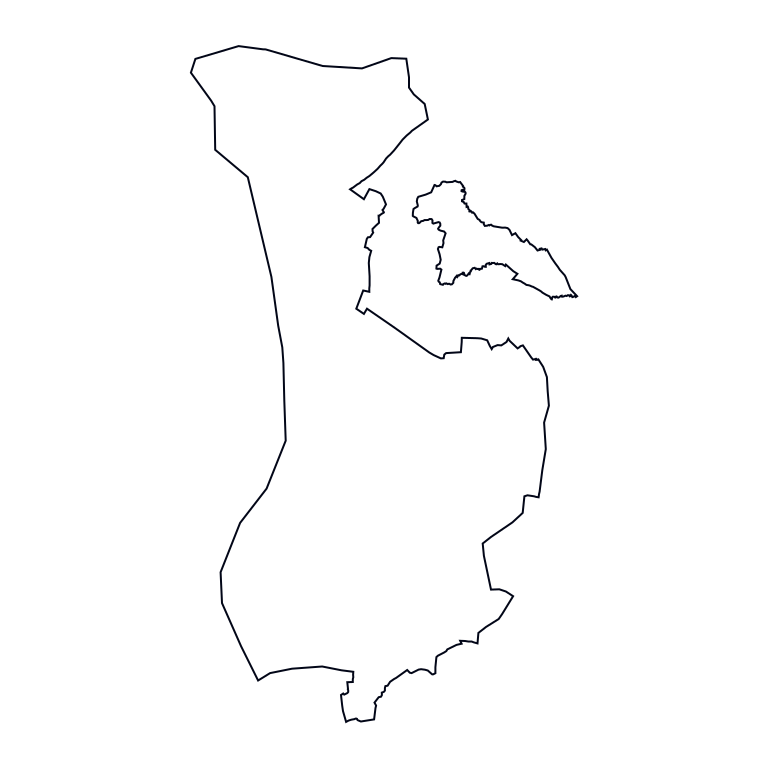 Ishielu, Ebonyi, Nigeria
{"feature_id": "59680162B77807256215392", "entity_name": "Ishielu", "entity_type": "district", "adm_level": 2, "iso_a3": "NGA", "parent_name": "Nigeria", "parent_adm1": "Ebonyi", "projection": "mercator", "projection_center": [7.857, 6.423], "detail": "fine", "context": "isolated", "style": "outline", "palette": "ink", "viewbox_px": 768, "rotation_deg": 0, "n_neighbors": 0, "source": "geoboundaries", "source_scale": "gbopen_adm2", "svg_char_len": 6116}
<svg xmlns="http://www.w3.org/2000/svg" viewBox="0 0 768 768"><path d="M258.1,680.5L270.1,673.1L292.0,668.7L322.2,666.5L341.5,670.3L353.3,671.8L353.1,674.8L353.3,677.3L352.9,678.7L352.8,679.5L352.8,682.0L347.3,682.2L348.0,688.9L347.8,689.2L348.2,690.3L348.2,692.0L347.3,693.1L344.2,694.6L343.2,693.5L341.0,695.0L342.2,705.7L343.0,711.1L346.1,721.9L348.5,720.6L349.7,720.2L351.3,719.7L354.5,719.1L355.5,718.6L356.4,718.6L357.0,718.9L357.2,719.6L357.8,720.2L360.9,721.5L374.1,719.4L375.5,708.0L376.1,705.6L374.5,702.6L378.7,697.2L381.0,696.7L381.9,695.1L381.8,692.6L383.8,691.9L384.9,690.6L384.9,688.0L385.4,686.1L387.6,685.7L390.1,681.8L394.1,679.0L396.0,678.0L407.2,670.0L409.8,672.7L411.6,673.1L418.6,669.6L421.1,669.2L424.9,669.7L427.8,670.5L432.1,674.3L433.0,674.4L434.5,673.7L435.4,673.2L435.4,667.2L436.4,657.1L437.9,655.7L444.1,652.5L446.3,651.1L447.3,649.4L456.5,644.9L461.6,643.7L460.2,640.8L465.1,641.0L468.2,641.5L471.6,641.5L473.6,642.3L477.5,643.4L478.4,632.9L486.1,626.9L498.7,619.0L502.1,614.1L513.1,596.2L505.9,591.5L499.3,589.3L491.0,589.6L483.9,555.8L482.7,543.5L491.1,536.9L512.4,522.4L522.7,512.9L524.4,496.3L527.5,495.3L534.1,496.3L536.1,496.9L538.6,497.3L539.0,494.2L539.6,491.7L542.3,470.2L545.8,449.1L544.1,422.6L548.9,405.7L547.7,391.4L546.9,377.1L543.2,366.9L538.4,359.4L537.5,359.8L536.4,359.0L536.1,359.9L535.7,359.9L535.2,359.1L533.0,359.6L531.2,357.4L522.9,345.4L520.4,346.2L519.7,347.0L517.6,348.4L509.6,340.8L508.3,338.5L506.5,342.0L501.3,345.4L497.6,345.1L492.9,347.0L491.7,349.1L489.8,345.9L487.2,340.3L481.2,338.5L477.1,338.2L461.8,337.8L461.7,342.2L460.9,352.2L446.1,353.1L444.3,354.6L443.7,358.2L440.9,358.4L433.7,355.1L429.3,352.5L394.7,327.8L367.0,308.7L363.9,313.9L356.3,308.7L363.2,290.5L369.3,291.8L369.3,288.3L369.6,285.4L369.6,276.2L368.8,263.0L369.4,257.1L371.2,250.8L369.3,249.8L367.6,248.0L364.9,247.2L366.8,238.9L367.9,237.3L370.1,237.1L373.2,232.6L372.6,231.3L372.5,229.0L375.8,225.7L379.0,222.8L378.6,215.7L379.5,215.7L379.8,215.2L381.9,213.7L383.7,212.7L383.9,212.3L382.5,210.0L383.6,208.8L386.0,204.4L382.8,196.7L380.7,193.5L375.8,191.2L369.4,189.1L363.9,199.2L350.1,189.3L351.8,188.2L352.9,187.7L357.3,184.4L359.7,183.1L361.5,181.2L364.3,179.7L366.6,177.8L369.4,176.0L373.8,172.3L377.6,168.8L380.3,165.7L382.2,163.9L383.6,162.3L386.1,158.5L388.3,156.2L390.0,154.8L394.0,150.5L400.2,142.7L402.6,139.6L404.7,137.5L406.7,135.5L410.3,132.5L411.9,130.8L427.9,119.5L424.7,104.0L413.8,94.4L409.0,87.6L409.0,77.3L406.3,58.7L391.3,58.1L362.0,68.4L322.6,66.0L265.6,49.4L262.9,49.3L238.6,46.1L195.4,58.9L190.9,72.7L211.1,100.6L214.5,106.2L215.2,149.8L247.8,177.2L271.4,276.9L278.2,325.7L282.3,347.4L283.4,363.0L284.3,400.6L285.7,440.7L266.6,488.6L240.1,522.9L220.6,572.2L222.0,603.1L241.1,646.3L258.1,680.5ZM456.3,181.5L455.4,180.8L453.7,181.3L452.6,181.9L446.6,182.3L445.3,181.7L443.0,181.6L441.5,182.6L440.9,184.2L439.3,185.8L436.6,186.3L435.4,185.2L434.5,185.0L431.2,192.3L425.7,194.6L418.3,196.8L417.3,198.6L416.8,201.4L417.8,205.4L417.6,206.5L414.6,208.2L413.5,209.0L413.2,210.9L412.9,212.8L412.8,215.9L413.4,216.4L416.4,217.9L417.8,220.9L417.7,222.4L418.1,223.1L418.9,223.2L419.5,222.9L421.2,221.2L423.4,220.8L424.4,220.1L428.0,220.0L429.7,219.0L431.6,219.1L432.5,220.4L432.4,222.9L433.3,223.6L438.5,222.1L439.7,222.5L440.3,223.8L440.3,225.7L438.8,227.5L438.1,228.8L438.7,229.7L440.5,230.6L444.1,231.5L445.6,233.3L443.2,240.4L443.5,243.1L442.3,247.3L439.5,246.9L438.6,247.2L437.9,249.0L439.6,254.3L440.7,259.8L439.7,263.6L436.6,265.6L436.4,268.6L437.2,268.9L440.2,268.7L441.4,269.6L439.5,277.4L438.3,280.7L438.5,281.3L438.9,281.8L439.8,282.4L440.2,284.1L442.9,284.8L443.4,284.0L445.0,283.4L445.7,283.8L446.4,283.4L447.8,284.1L448.7,283.8L449.4,283.8L450.5,284.5L451.9,284.3L453.3,282.8L453.4,281.0L455.1,277.7L456.8,275.8L457.3,276.9L457.7,276.4L458.0,275.7L458.6,275.2L459.3,275.4L460.4,274.3L461.8,273.8L462.7,274.2L462.7,272.7L463.5,272.6L463.9,272.8L464.6,275.1L466.2,275.9L466.9,275.7L467.7,274.9L468.7,273.5L469.6,274.1L469.8,273.6L469.5,272.9L469.8,272.3L470.3,272.0L470.9,271.1L470.7,270.5L471.3,270.1L472.7,268.3L474.7,267.8L475.8,269.1L476.5,268.6L477.4,269.0L478.5,268.9L479.0,269.6L479.4,269.8L479.8,269.5L479.9,268.9L481.9,268.7L482.5,266.3L483.5,266.2L485.0,266.8L485.8,266.8L485.7,265.1L486.6,263.8L489.3,263.0L489.5,264.4L491.3,263.9L491.8,262.9L492.8,263.0L494.3,262.9L495.5,264.0L496.2,264.3L497.3,263.4L498.0,264.2L499.2,264.2L499.9,264.0L502.3,264.2L505.2,266.1L505.9,264.6L513.3,271.2L517.4,273.8L512.8,279.2L518.3,280.4L520.9,281.3L522.8,282.6L524.6,283.6L526.4,284.9L528.9,285.3L530.1,285.7L531.8,286.5L533.0,286.8L539.3,290.3L541.2,291.5L542.4,292.6L546.3,294.9L549.5,296.4L550.5,298.1L551.5,299.3L551.8,299.4L552.1,298.4L552.0,297.8L552.4,297.1L552.9,296.7L554.3,296.8L555.0,297.5L555.4,297.6L555.7,297.4L555.6,296.8L556.4,296.4L556.7,296.5L557.5,297.5L558.6,297.6L560.2,296.4L560.9,295.9L561.7,295.7L561.8,296.6L562.8,296.7L564.3,296.2L565.4,295.7L566.7,296.0L567.8,295.2L569.1,295.3L569.6,296.2L570.2,295.8L570.9,294.9L571.4,295.4L571.4,296.3L572.1,296.4L572.4,297.1L573.7,296.7L574.9,295.9L575.8,297.1L577.1,296.2L570.4,289.1L565.7,277.2L564.7,275.3L559.8,269.8L558.0,267.0L555.3,263.4L551.5,257.9L546.9,249.6L545.7,250.3L545.2,249.0L542.4,249.6L541.6,248.4L539.8,248.8L540.1,249.8L537.5,250.5L534.9,247.2L531.3,244.4L530.3,244.3L527.7,240.6L526.6,239.3L523.9,242.0L520.7,240.6L521.1,240.0L518.2,237.1L515.4,233.2L512.0,235.1L509.5,229.9L507.6,228.1L505.2,227.6L502.2,227.7L493.7,226.3L493.1,226.1L492.4,225.6L491.9,225.5L491.1,224.7L490.1,224.9L489.4,225.4L488.8,225.0L487.1,225.7L484.8,225.9L483.8,224.2L483.8,222.6L481.4,222.2L480.2,221.1L479.5,219.9L477.7,218.9L474.5,213.7L473.1,212.4L472.2,212.7L471.9,212.0L470.9,211.1L470.2,211.6L469.4,211.4L469.6,210.2L468.3,208.9L468.1,207.1L467.7,206.5L466.6,206.9L466.4,203.5L464.5,203.5L463.6,201.9L462.8,201.7L462.0,201.3L462.0,200.0L464.3,199.1L464.4,195.8L465.6,193.7L465.5,192.5L465.0,191.9L462.3,191.5L461.5,191.1L461.6,190.2L462.5,189.8L464.3,190.1L464.5,188.6L464.3,187.8L462.9,186.6L463.1,186.0L460.1,182.0L458.8,182.3L456.3,181.5Z" fill="none" stroke="#020617" stroke-width="2"/></svg>